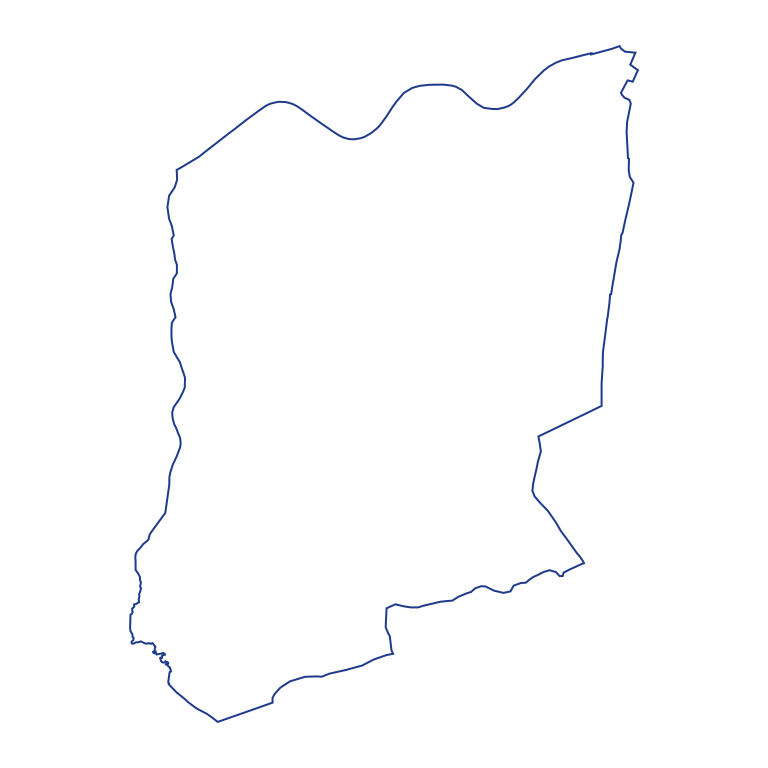 outline of Oteapan, Veracruz, Mexico
{"feature_id": "50627088B13566267376953", "entity_name": "Oteapan", "entity_type": "district", "adm_level": 2, "iso_a3": "MEX", "parent_name": "Mexico", "parent_adm1": "Veracruz", "projection": "albers", "projection_center": [-94.678, 17.988], "detail": "fine", "context": "isolated", "style": "outline", "palette": "blue", "viewbox_px": 768, "rotation_deg": 0, "n_neighbors": 0, "source": "geoboundaries", "source_scale": "gbopen_adm2", "svg_char_len": 4899}
<svg xmlns="http://www.w3.org/2000/svg" viewBox="0 0 768 768"><path d="M619.6,46.1L611.4,49.0L599.8,52.1L591.4,54.4L591.2,54.4L591.5,53.5L591.5,53.2L587.1,54.2L572.0,58.0L561.8,60.4L556.3,62.5L549.4,66.3L543.7,70.6L535.2,78.9L526.5,89.4L518.4,98.1L513.6,102.6L510.7,104.8L507.8,106.3L504.2,107.6L497.3,109.1L491.7,108.9L483.7,107.8L476.7,103.6L468.0,95.8L461.9,90.0L455.8,86.7L451.7,85.6L444.1,84.7L441.6,84.6L429.6,84.8L428.3,84.9L422.1,85.6L419.9,85.8L412.3,87.9L403.9,92.9L396.6,101.4L393.0,106.3L392.6,106.9L386.8,115.9L382.2,122.3L379.1,126.3L375.9,129.3L371.1,133.1L364.7,136.8L360.8,138.2L354.3,139.3L349.0,139.1L342.8,137.3L338.8,135.3L331.6,130.6L331.1,130.2L320.0,122.6L314.3,118.5L310.0,115.5L302.6,110.0L297.8,106.7L294.7,105.0L292.6,104.0L289.1,102.9L288.1,102.7L285.9,102.1L278.7,101.8L274.1,102.7L270.0,103.8L265.6,106.0L258.6,110.9L251.1,116.4L245.8,120.3L233.8,129.7L228.3,133.8L220.2,140.1L213.0,145.7L209.9,148.1L203.9,152.8L199.2,156.6L191.1,161.5L178.3,169.1L176.7,169.9L177.1,179.9L174.7,187.3L170.2,194.1L169.1,195.7L168.4,200.8L167.4,207.0L168.3,213.1L169.0,218.4L171.8,225.9L173.8,235.4L171.6,239.1L173.1,247.8L174.3,253.3L175.0,259.4L176.9,264.8L176.9,273.3L173.3,278.8L172.2,287.4L171.0,291.9L170.5,294.1L171.1,302.0L173.6,308.7L175.5,317.2L171.9,322.7L171.5,328.4L171.4,334.9L171.8,340.8L172.7,346.3L173.8,352.0L177.7,358.6L179.9,362.2L181.9,368.5L183.6,373.4L185.0,377.6L184.9,383.2L184.7,387.8L183.0,391.9L179.3,399.2L176.0,403.9L173.7,407.2L172.2,412.5L172.6,418.1L174.2,424.2L176.5,428.8L178.1,433.2L180.1,437.9L180.7,443.3L180.1,447.4L176.8,456.1L172.7,464.9L170.3,472.5L169.7,475.5L169.4,477.4L169.3,484.5L167.6,496.6L165.3,512.9L152.1,530.9L149.7,534.5L149.0,537.4L148.4,539.6L147.3,540.8L143.1,544.2L140.0,548.2L137.7,550.4L136.3,552.7L135.6,554.4L135.3,557.3L135.6,561.8L135.6,567.2L135.6,569.7L136.1,570.8L137.1,571.9L138.7,574.4L140.0,577.3L140.0,580.0L141.0,582.4L140.4,584.9L140.1,586.6L141.0,588.2L140.2,591.5L139.1,594.3L139.4,596.4L138.7,599.8L139.1,602.2L137.3,603.2L135.8,604.1L134.2,604.3L134.0,605.5L134.3,606.5L133.5,607.5L132.1,608.5L132.2,609.4L132.4,611.1L132.6,612.2L131.9,613.7L130.5,614.6L130.1,628.3L130.3,629.7L130.5,631.4L131.2,632.1L132.4,634.5L132.7,637.2L133.5,637.7L133.6,638.7L133.3,640.1L132.3,640.9L131.5,642.1L131.7,643.2L132.4,643.7L133.9,643.5L135.6,642.5L136.8,642.3L138.7,642.2L140.7,641.4L141.8,641.8L143.3,642.6L145.3,643.5L147.2,643.6L149.2,643.1L150.2,643.6L150.8,643.9L152.3,643.1L153.2,643.7L153.7,644.7L154.6,645.7L155.4,646.9L154.9,647.9L154.7,650.3L154.2,651.3L153.1,651.9L153.4,652.8L154.4,653.3L155.1,653.0L155.8,652.2L156.1,653.7L156.6,654.5L157.9,654.2L161.6,653.5L163.3,653.0L164.6,653.8L164.9,654.7L164.5,654.9L163.6,654.7L163.0,655.3L162.0,655.9L162.0,657.8L161.3,658.0L160.6,657.7L160.1,658.0L160.4,659.0L161.0,660.9L162.0,662.1L163.2,662.6L164.7,662.4L165.4,661.3L167.2,662.1L168.2,662.6L168.2,663.3L166.9,663.4L165.9,664.3L166.4,664.8L167.7,664.9L168.2,666.2L169.8,667.3L169.8,668.4L170.3,668.8L170.7,669.8L171.0,671.5L170.9,671.6L169.6,672.1L168.2,682.4L169.1,683.5L168.7,684.2L171.2,686.8L176.7,692.5L184.1,698.5L188.8,702.7L196.3,708.3L206.6,713.7L211.8,717.3L217.7,721.9L246.9,711.7L272.6,702.6L272.5,698.0L274.6,694.0L280.4,687.6L290.1,681.3L305.0,676.8L316.0,676.4L321.9,676.7L329.2,673.7L347.6,669.6L347.9,669.4L362.0,665.6L373.8,659.5L386.4,655.1L393.1,653.8L391.5,650.4L389.8,636.1L388.0,633.0L385.7,627.2L386.1,617.4L386.6,608.3L389.8,606.8L395.5,604.3L403.6,606.3L404.4,606.4L410.8,607.4L418.1,607.4L424.1,605.5L432.6,603.6L434.5,603.1L440.6,601.7L448.9,600.9L451.5,600.7L452.3,600.6L458.6,596.7L465.8,593.7L467.9,592.9L471.0,592.0L475.2,588.3L481.1,586.2L485.6,586.5L492.3,589.8L494.2,590.7L503.5,592.9L510.4,591.4L513.7,585.6L521.0,583.0L525.8,582.7L528.9,580.1L532.9,577.2L537.9,574.9L543.6,572.0L549.5,570.2L556.0,572.1L556.7,572.9L559.6,576.1L562.7,576.0L563.6,572.6L565.6,571.6L570.2,569.2L578.9,565.3L582.1,563.8L583.3,563.5L584.0,563.3L583.8,562.8L583.2,561.5L579.7,556.4L577.1,553.4L573.4,548.3L567.4,539.8L565.5,537.2L563.7,534.9L561.0,531.2L555.9,522.5L555.4,521.7L547.8,510.8L540.2,502.9L534.6,496.4L533.6,493.9L532.4,490.5L533.2,483.6L534.5,477.3L536.4,469.3L537.5,463.9L537.9,461.6L538.7,458.9L540.9,451.3L539.6,442.9L538.4,436.5L539.8,435.8L549.3,431.2L568.8,421.8L601.6,405.9L601.6,404.0L601.6,394.5L601.6,383.5L601.9,378.5L602.8,365.0L602.7,362.9L603.0,351.8L603.5,347.9L605.3,334.2L607.2,318.8L607.6,317.3L609.4,303.4L610.1,294.5L611.1,294.3L611.8,290.0L612.7,284.0L613.2,281.3L616.5,261.9L619.5,249.4L620.7,241.0L621.2,235.2L622.6,232.8L624.8,222.3L624.8,222.0L625.5,219.1L629.0,204.4L631.4,193.1L633.5,182.8L629.8,176.9L628.7,170.0L629.0,158.8L628.0,158.2L626.6,132.3L627.1,122.0L630.8,103.6L629.4,99.9L624.5,97.7L622.0,94.9L620.9,92.9L627.6,80.4L632.7,81.7L637.9,70.2L630.3,64.7L635.4,52.7L625.1,51.7L621.0,48.6L619.6,46.1Z" fill="none" stroke="#1e3a8a" stroke-width="2"/></svg>